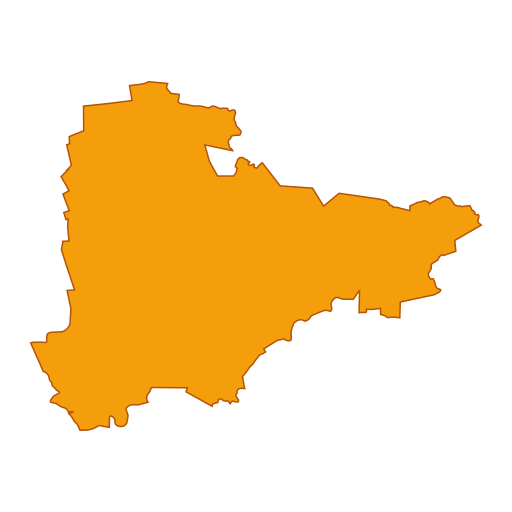 the district of Saltabarranca, Veracruz, Mexico, rotated 270°
{"feature_id": "50627088B82399899546067", "entity_name": "Saltabarranca", "entity_type": "district", "adm_level": 2, "iso_a3": "MEX", "parent_name": "Mexico", "parent_adm1": "Veracruz", "projection": "albers", "projection_center": [-95.526, 18.547], "detail": "fine", "context": "isolated", "style": "filled", "palette": "amber", "viewbox_px": 512, "rotation_deg": 270, "n_neighbors": 0, "source": "geoboundaries", "source_scale": "gbopen_adm2", "svg_char_len": 5988}
<svg xmlns="http://www.w3.org/2000/svg" viewBox="0 0 512 512"><g transform="rotate(270 256 256)"><path d="M405.9,83.5L381.3,83.7L375.4,69.2L368.3,69.6L367.2,66.7L346.6,71.4L342.0,67.0L342.0,67.8L338.5,64.2L335.3,61.1L326.2,66.4L321.2,69.0L318.0,63.0L315.7,63.8L308.4,66.5L306.2,67.4L301.3,69.2L299.5,63.8L292.3,66.0L293.0,68.2L285.4,67.6L271.0,69.0L270.7,62.7L270.3,62.9L267.2,62.3L262.2,61.4L251.0,65.0L247.0,66.2L241.8,68.0L240.5,68.3L240.0,68.6L238.0,69.3L222.1,74.5L221.9,73.1L221.9,71.3L221.6,68.2L221.6,67.1L203.1,70.9L188.6,70.0L187.4,69.8L186.6,69.3L184.7,68.3L183.2,67.0L181.7,65.2L180.5,62.9L180.0,59.1L180.0,56.1L179.9,53.6L179.5,50.3L178.8,48.3L177.6,47.1L173.9,46.7L171.9,46.8L169.9,46.5L169.4,45.1L169.9,42.3L169.8,39.4L169.8,37.3L169.7,34.2L169.7,32.4L169.0,30.7L140.4,43.4L140.1,44.9L138.6,46.9L136.7,48.4L134.5,49.1L132.9,49.3L131.7,49.8L129.3,51.7L127.5,51.9L126.0,52.5L124.2,54.6L122.7,55.8L121.2,57.3L120.6,58.8L119.9,59.5L119.5,59.6L118.9,59.1L117.3,56.2L116.5,54.4L115.4,53.3L113.9,52.0L111.7,50.6L110.2,50.3L109.9,50.6L109.3,52.2L108.5,56.2L107.6,57.4L106.5,59.4L105.7,60.1L104.4,63.4L104.2,64.4L103.9,65.1L102.9,66.6L101.3,67.8L100.3,68.3L99.2,68.5L99.5,68.9L99.9,69.9L100.2,70.9L100.3,71.5L100.3,72.3L100.1,72.8L99.9,72.9L99.6,72.5L99.5,71.9L99.4,71.2L99.2,70.2L98.8,69.6L98.0,69.1L96.7,70.5L95.2,71.6L91.2,74.0L89.7,75.1L88.6,76.5L87.1,77.6L85.6,78.3L81.7,80.0L81.9,83.1L81.9,86.5L82.4,89.7L83.2,92.7L84.2,94.9L85.9,98.1L86.5,99.2L84.6,109.3L94.7,109.5L95.5,110.0L96.1,110.7L95.7,111.8L95.2,112.6L94.1,113.7L93.0,114.7L91.1,115.0L89.6,114.9L87.8,115.5L86.8,116.6L85.8,118.2L85.5,121.6L86.1,123.9L87.2,125.5L89.0,126.8L93.3,127.6L96.7,128.0L98.1,127.6L100.9,126.6L102.4,126.2L103.3,126.1L104.3,126.6L105.6,128.0L106.5,129.5L107.1,131.1L107.3,133.0L107.3,135.0L107.2,137.3L107.2,138.5L107.5,139.7L109.8,148.1L111.3,147.2L113.5,146.6L116.2,147.0L118.1,147.9L119.9,149.5L121.7,150.4L123.3,150.8L124.5,152.1L124.2,187.5L120.2,186.0L105.7,212.1L107.5,212.4L108.4,213.8L109.0,215.7L109.4,217.7L110.3,218.1L112.0,218.3L113.2,220.3L113.2,221.2L112.5,221.8L112.0,222.6L111.2,223.6L111.1,225.1L110.8,226.1L111.1,227.3L111.0,227.9L110.6,228.3L110.1,228.9L109.2,229.2L108.6,229.7L108.2,230.2L109.9,231.3L110.6,231.9L110.9,232.9L110.3,234.8L110.1,235.9L110.1,237.3L110.3,238.5L112.2,238.5L113.1,237.7L114.0,237.1L114.9,236.8L115.8,236.1L117.2,235.9L118.0,236.4L118.4,236.9L119.9,237.0L120.9,237.2L122.4,237.9L123.3,239.2L123.7,240.9L123.7,242.3L123.4,244.8L125.3,244.3L135.4,242.5L137.6,244.4L141.2,247.2L144.7,249.5L147.8,252.7L151.8,255.5L155.4,258.3L157.1,259.8L158.4,262.9L159.4,264.5L160.1,265.6L163.2,263.8L171.3,276.8L171.9,277.8L172.5,281.7L173.1,283.2L172.6,284.6L171.5,286.6L171.3,288.0L171.2,288.6L171.4,289.9L171.5,290.6L172.1,290.9L172.8,291.2L174.0,291.3L175.2,291.2L179.4,291.1L181.6,291.3L182.8,291.7L184.7,292.3L189.2,294.1L191.3,297.0L192.2,299.7L192.1,302.2L190.8,305.3L192.5,308.7L196.2,311.4L197.2,313.3L201.2,323.1L201.6,325.5L201.5,327.5L200.7,330.2L200.9,330.9L202.5,331.7L204.2,331.7L207.6,331.0L208.8,331.1L210.4,331.8L212.1,332.9L214.5,335.7L214.4,338.4L212.9,342.2L212.7,352.8L213.0,353.6L220.2,358.3L221.1,359.5L199.2,359.1L199.5,361.4L199.6,363.5L199.5,365.0L199.7,366.0L200.5,366.5L202.7,366.3L202.6,372.6L203.6,380.5L197.5,380.6L197.2,382.1L196.6,383.9L195.9,385.5L194.9,386.6L194.4,387.6L194.5,389.1L194.8,390.8L194.8,394.0L194.2,399.8L210.0,400.3L217.3,434.5L218.6,436.6L218.9,437.5L219.6,438.8L220.5,440.1L222.4,440.6L223.5,437.6L224.5,436.5L226.6,435.5L228.9,435.0L231.6,434.1L233.2,433.2L233.1,430.3L235.9,428.6L238.4,428.3L241.1,430.0L243.5,431.3L245.0,431.2L247.7,431.3L249.7,434.0L251.8,437.6L255.5,439.6L257.2,441.8L256.6,443.8L260.7,455.8L271.6,454.8L286.9,481.3L289.4,478.2L291.6,477.8L294.4,478.8L296.3,478.9L297.5,478.0L297.1,476.6L298.4,474.3L299.3,474.9L301.2,473.5L301.8,472.1L306.4,469.9L305.6,463.7L305.4,461.3L306.1,460.0L305.8,457.5L306.7,456.1L306.9,454.9L314.1,449.8L315.3,444.9L315.0,442.1L313.8,440.5L312.8,437.3L311.4,435.1L308.7,430.4L308.0,429.9L310.0,428.3L310.1,426.9L310.9,426.2L311.2,425.0L311.1,423.1L310.6,422.3L309.5,417.2L307.7,413.8L306.2,410.0L301.3,409.8L303.0,403.3L303.8,400.0L304.4,398.6L304.7,396.2L304.6,393.5L305.3,393.2L305.3,392.5L305.8,392.4L306.6,391.4L306.7,389.6L308.1,389.3L311.3,386.0L313.0,379.0L318.7,339.1L305.9,323.6L323.9,312.5L326.1,280.2L349.2,262.3L348.6,261.2L347.9,260.5L346.1,258.4L344.8,257.9L343.9,256.6L343.9,256.3L344.2,255.6L345.2,253.7L345.7,253.5L346.3,254.2L347.1,254.4L347.8,253.7L347.8,252.9L347.3,252.0L346.7,250.6L346.7,249.1L347.7,248.2L348.8,248.4L349.3,249.5L350.0,249.8L350.3,249.6L350.7,248.9L351.2,247.3L352.1,247.1L352.6,245.6L353.5,244.3L354.4,242.8L354.5,240.8L354.3,239.4L352.2,237.5L350.2,237.0L347.8,235.9L345.9,235.3L345.3,235.3L344.6,236.4L343.2,237.1L341.7,236.6L339.9,236.2L338.5,235.5L336.6,234.0L336.0,233.7L336.0,217.6L343.0,213.6L351.2,209.2L367.1,204.9L361.3,232.6L362.2,232.2L363.2,231.5L363.9,230.3L365.7,229.0L367.2,229.0L368.7,228.5L370.5,228.4L370.8,228.4L372.1,228.6L372.4,229.1L373.1,230.2L373.9,230.7L374.9,231.0L375.6,231.1L376.0,231.8L376.5,233.8L376.7,235.5L376.7,237.0L376.8,238.7L377.0,239.9L378.6,240.6L379.5,241.0L381.2,240.8L382.4,239.6L383.9,238.6L385.2,237.1L386.3,236.2L389.6,235.5L391.1,234.6L392.7,234.1L394.9,234.4L399.6,235.6L401.3,235.0L402.1,233.9L402.0,232.5L401.6,231.3L401.0,230.2L401.5,228.3L403.5,227.7L403.7,226.3L403.7,225.2L403.9,222.6L403.5,221.5L403.3,220.4L404.3,217.7L405.3,215.8L405.8,214.0L405.9,212.5L405.4,211.0L404.6,210.0L404.2,208.5L404.3,207.1L404.9,205.2L405.7,201.9L406.1,198.6L405.9,196.7L406.1,194.0L406.5,191.1L406.9,189.2L407.7,185.5L407.8,183.4L408.6,180.1L409.6,178.7L410.2,178.2L417.6,179.3L418.1,175.6L418.7,170.4L420.2,169.8L421.8,168.2L423.7,166.7L425.4,166.6L427.3,167.2L428.5,167.7L430.3,148.8L428.5,144.6L428.3,143.8L427.2,136.5L426.5,129.5L411.6,132.0L411.4,131.9L410.3,122.5L409.4,115.7L409.3,115.4L407.8,101.9L405.9,83.5Z" fill="#f59e0b" stroke="#b45309" stroke-width="1.5"/></g></svg>